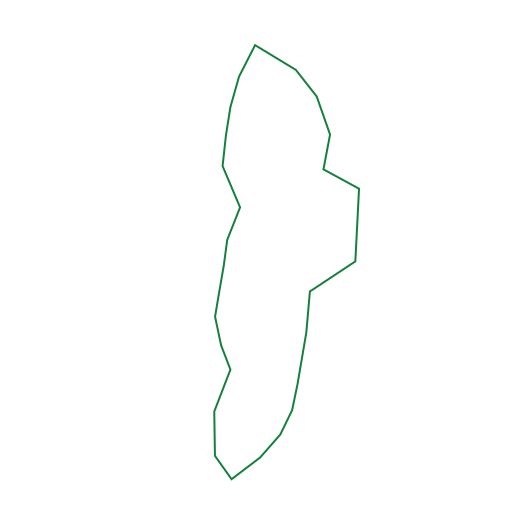 Fikardou, Nicosia, Cyprus (Albers equal-area conic projection), rotated 154°
{"feature_id": "46923920B91359939250801", "entity_name": "Fikardou", "entity_type": "district", "adm_level": 2, "iso_a3": "CYP", "parent_name": "Cyprus", "parent_adm1": "Nicosia", "projection": "albers", "projection_center": [33.185, 34.974], "detail": "fine", "context": "isolated", "style": "outline", "palette": "green", "viewbox_px": 512, "rotation_deg": 154, "n_neighbors": 0, "source": "geoboundaries", "source_scale": "gbopen_adm2", "svg_char_len": 522}
<svg xmlns="http://www.w3.org/2000/svg" viewBox="0 0 512 512"><g transform="rotate(154 256 256)"><path d="M319.4,219.4L326.5,191.1L328.8,165.1L361.7,134.5L380.5,94.4L375.8,66.1L340.6,73.1L312.4,84.9L291.2,101.5L274.8,122.7L244.3,165.2L223.1,200.5L180.6,206.1L169.1,207.6L145.6,250.1L133.9,271.3L157.4,304.3L136.2,332.7L131.5,372.8L138.6,405.8L164.4,445.9L192.6,424.7L213.7,401.1L230.2,377.5L246.6,351.5L249.0,306.7L274.8,283.1L288.9,261.9L306.9,236.9L319.4,219.4Z" fill="none" stroke="#15803d" stroke-width="2"/></g></svg>